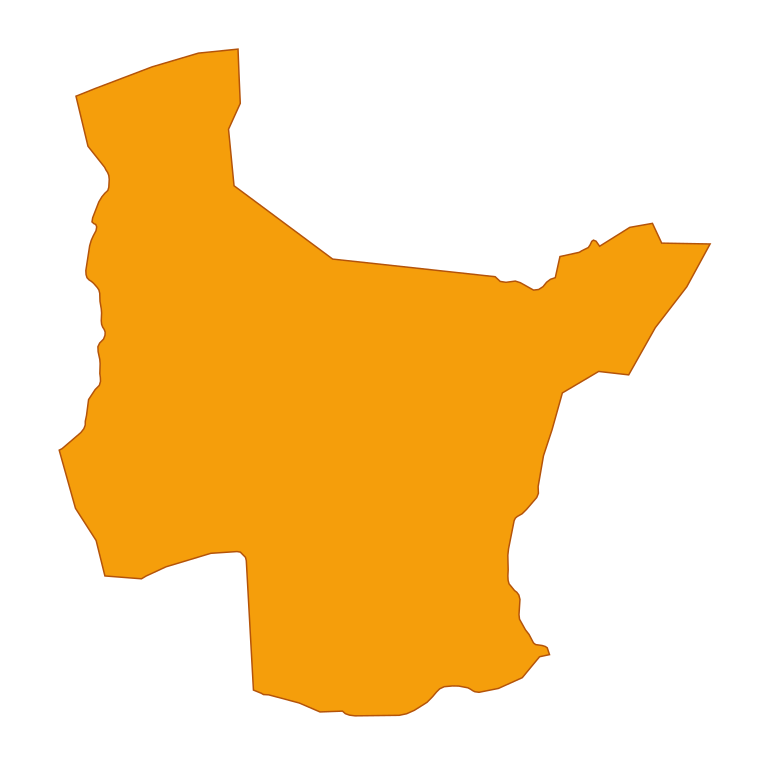 outline of Télimélé, rotated 181°
{"feature_id": "GIN-5660", "entity_name": "Télimélé", "entity_type": "Prefecture", "adm_level": 1, "iso_a3": "GIN", "parent_name": "Guinea", "parent_adm1": "", "projection": "equal_earth", "projection_center": [-13.393, 10.882], "detail": "fine", "context": "isolated", "style": "filled", "palette": "amber", "viewbox_px": 768, "rotation_deg": 181, "n_neighbors": 0, "source": "natural_earth", "source_scale": "10m", "svg_char_len": 2158}
<svg xmlns="http://www.w3.org/2000/svg" viewBox="0 0 768 768"><g transform="rotate(181 384 384)"><path d="M659.7,187.2L669.1,222.5L690.3,254.3L707.6,312.2L704.8,313.7L686.2,330.2L683.3,334.1L682.0,337.7L682.0,341.6L680.9,347.3L679.1,363.3L672.7,373.4L668.6,377.7L667.5,381.7L667.7,385.4L668.3,389.4L668.2,399.4L668.6,403.6L670.4,411.3L670.7,416.3L669.0,420.0L665.2,424.0L663.8,427.8L663.7,431.0L664.7,433.6L666.3,436.0L667.4,438.8L667.8,442.3L667.6,450.1L668.0,454.2L669.4,461.7L669.8,469.7L670.7,473.0L672.3,475.4L676.2,479.7L678.4,481.5L680.8,483.0L682.8,485.1L683.8,488.2L684.1,492.2L680.7,517.1L679.2,522.6L677.2,527.2L674.6,532.3L674.0,536.1L675.0,538.5L676.9,539.3L678.8,541.0L678.2,545.1L672.3,561.1L669.3,566.3L666.4,569.9L663.5,572.7L662.6,575.9L662.3,583.8L662.8,587.7L664.0,590.6L665.7,593.1L667.1,595.8L684.1,616.5L697.0,666.4L678.0,674.4L621.3,697.1L575.3,711.6L535.8,716.3L534.2,688.1L532.6,662.1L543.9,636.0L537.4,579.6L437.5,508.0L331.7,498.4L274.7,493.2L269.6,488.6L263.8,487.8L254.5,489.2L249.5,487.7L236.1,480.5L231.0,481.2L226.7,484.1L223.2,488.6L219.4,491.6L214.6,493.3L210.3,514.5L191.0,519.1L188.7,520.6L182.1,524.0L180.3,526.8L178.8,530.2L177.1,531.5L174.5,530.5L170.8,525.5L141.0,544.9L118.4,549.3L108.8,529.7L60.4,529.7L83.0,486.4L113.7,445.1L139.5,397.4L169.6,400.3L205.5,378.2L215.2,341.1L223.3,315.0L228.1,284.1L227.7,277.4L229.3,273.2L239.3,261.1L243.6,256.7L248.5,253.8L250.3,252.2L251.5,249.6L256.6,221.4L257.2,214.9L256.6,200.2L256.8,194.3L256.5,189.9L255.5,186.4L249.9,179.8L247.6,178.1L245.5,175.4L244.3,171.0L245.0,155.7L244.4,151.2L238.3,140.7L234.6,136.1L230.0,127.7L227.8,126.1L221.3,125.3L218.2,124.4L216.2,123.1L213.8,116.3L223.7,114.0L232.9,102.5L240.6,92.8L264.3,81.6L283.6,77.4L287.8,77.9L289.9,78.9L292.1,80.3L294.8,81.7L304.0,83.3L310.2,83.3L318.5,82.4L323.0,80.2L326.1,77.0L329.9,72.3L335.4,66.5L347.9,58.3L355.6,54.7L363.0,53.0L407.2,51.7L412.7,52.3L416.9,53.7L419.8,56.2L442.3,55.0L463.3,63.6L493.9,71.2L499.1,71.4L501.2,72.6L509.2,75.7L518.6,205.0L519.5,208.3L524.7,213.4L528.1,213.9L554.1,211.7L598.8,197.4L618.4,187.9L623.1,185.0L659.7,187.2Z" fill="#f59e0b" stroke="#b45309" stroke-width="1.5"/></g></svg>